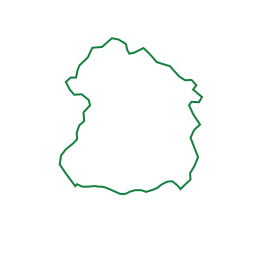 outline of Gimhae-si, South Gyeongsang, South Korea, rotated 133°
{"feature_id": "91817680B1708787718818", "entity_name": "Gimhae-si", "entity_type": "district", "adm_level": 2, "iso_a3": "KOR", "parent_name": "South Korea", "parent_adm1": "South Gyeongsang", "projection": "equal_earth", "projection_center": [128.865, 35.269], "detail": "fine", "context": "isolated", "style": "outline", "palette": "green", "viewbox_px": 256, "rotation_deg": 133, "n_neighbors": 0, "source": "geoboundaries", "source_scale": "gbopen_adm2", "svg_char_len": 1160}
<svg xmlns="http://www.w3.org/2000/svg" viewBox="0 0 256 256"><g transform="rotate(133 128 128)"><path d="M136.9,48.0L123.0,47.2L118.8,51.7L109.8,53.7L101.5,56.9L92.5,75.6L84.7,78.2L82.3,78.2L76.4,77.7L73.4,89.8L69.8,98.8L65.6,99.5L60.8,93.7L54.9,95.0L55.5,106.6L50.1,107.2L49.5,114.3L54.2,118.9L55.4,126.0L54.2,139.5L60.2,151.8L59.0,163.5L59.0,171.2L69.2,175.1L72.7,177.7L71.5,181.6L68.0,186.8L69.7,195.2L73.3,201.0L86.5,202.3L92.4,207.7L92.7,207.9L93.7,208.8L93.8,208.8L103.8,205.5L115.2,206.2L115.3,206.2L120.1,204.3L126.6,200.4L130.1,204.3L136.7,204.9L139.7,196.5L140.3,190.0L134.9,184.8L134.3,175.8L137.3,171.2L146.9,171.2L152.8,164.8L153.0,164.8L159.4,165.4L166.6,162.2L170.8,157.6L176.7,157.6L185.7,158.9L185.8,158.9L193.6,158.3L196.3,156.5L196.3,156.4L201.2,153.1L203.6,142.8L206.5,126.9L203.9,127.0L202.2,121.7L198.2,117.2L195.8,115.1L193.6,113.2L190.2,108.7L188.0,106.1L186.7,103.4L185.3,99.7L181.6,88.9L179.1,86.0L176.9,84.4L173.5,83.3L168.4,80.2L166.7,78.3L164.5,75.9L162.3,71.2L159.1,69.3L155.4,67.2L151.5,65.6L147.1,65.1L142.5,63.5L139.8,62.2L136.8,59.3L136.3,53.7L136.6,48.5L136.9,48.0Z" fill="none" stroke="#15803d" stroke-width="2"/></g></svg>